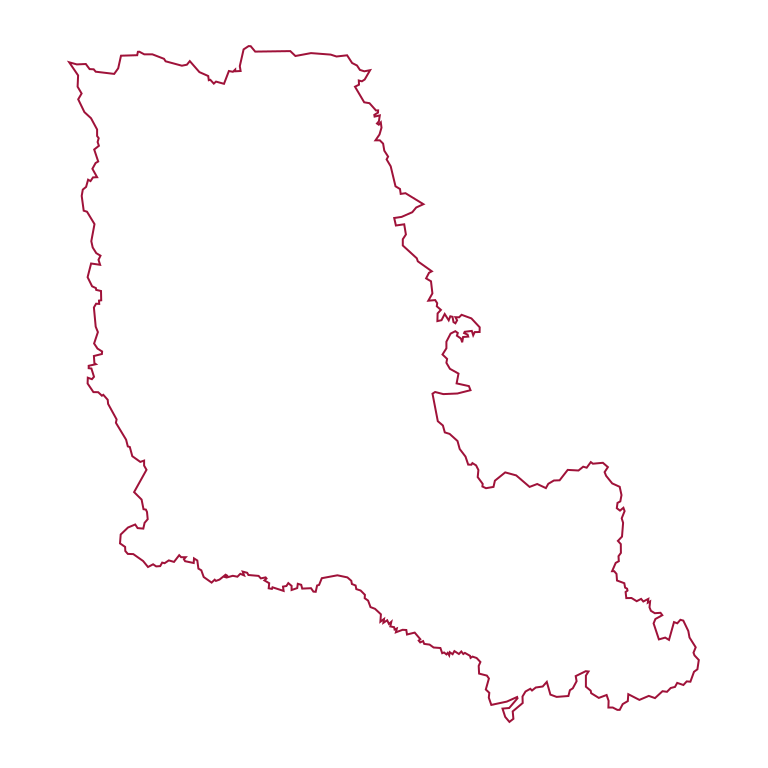 Taungoo, Bago, Myanmar
{"feature_id": "60261553B53825313002023", "entity_name": "Taungoo", "entity_type": "district", "adm_level": 2, "iso_a3": "MMR", "parent_name": "Myanmar", "parent_adm1": "Bago", "projection": "albers", "projection_center": [96.407, 18.81], "detail": "fine", "context": "isolated", "style": "outline", "palette": "rose", "viewbox_px": 768, "rotation_deg": 0, "n_neighbors": 0, "source": "geoboundaries", "source_scale": "gbopen_adm2", "svg_char_len": 6011}
<svg xmlns="http://www.w3.org/2000/svg" viewBox="0 0 768 768"><path d="M690.4,681.7L694.0,671.8L697.4,669.3L698.8,660.0L694.5,655.4L693.5,652.7L695.7,647.3L689.5,637.5L688.3,631.0L683.3,620.6L680.4,619.8L677.3,623.3L674.0,622.1L669.0,639.9L665.2,637.6L658.9,639.4L653.6,623.4L655.4,619.0L662.3,615.2L660.5,612.8L654.8,613.2L650.9,610.8L649.5,607.3L650.1,601.4L647.8,602.7L648.3,598.9L643.3,601.5L641.1,598.9L636.7,601.2L631.5,598.0L626.3,598.1L625.6,592.0L627.5,590.6L627.1,588.7L625.1,587.6L624.3,583.2L617.0,580.5L616.5,573.9L614.2,571.2L612.1,571.2L615.7,562.9L618.8,561.2L618.5,556.2L620.9,552.9L620.8,544.1L617.9,540.9L622.0,536.6L623.1,522.8L621.7,518.3L624.6,511.1L623.4,507.8L620.0,510.6L616.8,508.2L617.5,502.9L620.3,501.4L621.5,495.1L619.7,486.8L612.2,483.4L606.1,475.8L604.6,472.1L607.9,467.1L602.9,462.8L592.9,463.7L590.8,462.1L586.7,467.7L583.2,466.7L578.5,470.5L567.7,469.9L559.6,480.3L553.9,480.5L548.3,483.8L545.9,488.1L537.2,484.0L529.6,486.9L516.2,475.4L505.2,472.4L494.9,480.7L493.5,486.9L486.0,488.2L482.4,486.5L482.7,483.9L477.7,477.1L478.4,470.0L476.1,465.4L472.4,463.1L471.4,464.7L468.2,464.6L465.5,456.6L459.7,449.0L457.5,441.0L449.6,433.9L444.8,432.4L442.9,425.5L437.8,421.2L432.5,393.7L435.1,392.0L443.3,394.1L457.4,393.5L470.5,390.2L468.9,386.1L456.6,383.4L458.5,373.6L449.9,368.8L446.4,362.8L447.1,358.9L442.5,354.5L446.4,348.3L446.4,341.7L450.6,333.6L455.3,331.2L457.8,333.0L456.9,335.7L460.9,338.5L462.2,342.3L463.1,337.0L468.2,336.6L467.6,334.6L464.1,333.1L464.7,331.8L471.8,330.9L473.2,335.3L474.7,332.1L479.6,332.0L479.7,327.3L471.4,318.4L461.6,314.8L459.1,317.3L455.4,317.2L457.1,320.3L455.4,323.3L453.5,322.1L452.5,316.8L450.3,316.3L448.7,320.3L444.7,314.0L441.5,320.2L437.4,321.1L437.6,313.4L440.9,309.9L436.8,306.3L437.2,303.2L435.2,300.1L428.3,300.7L432.4,293.4L431.0,281.3L426.1,278.4L429.0,272.8L431.8,271.3L417.8,261.3L416.8,258.3L402.8,245.5L402.8,239.2L405.9,234.5L404.2,224.3L395.9,225.5L394.2,218.0L401.6,216.9L412.3,212.2L416.2,207.5L423.4,204.2L405.5,193.2L400.7,193.9L400.0,189.0L395.5,186.3L390.7,166.3L386.6,159.4L388.1,156.6L384.3,150.7L383.1,143.6L379.8,140.3L375.5,140.3L379.5,134.5L381.5,127.7L380.8,122.4L378.8,124.7L377.0,123.5L378.9,121.3L379.8,115.4L374.6,116.6L374.3,114.9L378.0,112.6L378.1,110.4L376.0,110.5L369.5,103.2L364.2,102.3L355.0,86.7L359.0,84.7L358.8,80.5L361.9,81.3L364.7,79.5L370.1,70.2L364.3,71.3L359.9,69.9L357.0,65.5L352.1,63.0L347.1,55.3L336.5,56.5L330.7,54.6L311.0,53.1L295.4,56.0L290.3,51.1L255.2,51.6L250.7,46.2L248.6,46.1L243.6,49.4L239.8,66.1L240.6,71.0L235.2,71.3L235.2,69.6L232.9,71.8L228.9,71.0L224.0,83.8L216.0,81.6L213.8,83.6L210.3,79.8L208.8,80.2L208.2,76.0L199.4,72.1L189.8,61.1L186.9,64.7L181.9,65.7L165.6,61.3L164.0,58.8L152.3,54.3L144.2,54.3L139.3,51.7L137.9,51.8L137.2,55.2L121.0,55.7L118.2,68.3L114.2,73.9L95.7,71.7L93.7,69.3L89.6,69.1L85.8,64.0L76.8,64.4L69.2,62.3L78.1,75.4L77.6,86.7L81.6,93.5L78.2,99.3L84.4,112.1L91.0,118.2L97.1,129.5L97.1,136.0L98.7,138.2L97.6,142.0L98.9,145.8L94.2,149.5L98.2,161.5L95.6,163.0L92.4,168.8L97.1,177.2L93.0,177.4L90.5,181.1L88.1,179.7L86.1,186.9L82.8,189.6L81.7,195.9L83.7,210.7L87.0,211.7L94.5,224.1L91.3,241.2L92.7,247.5L96.3,253.2L100.5,255.7L98.5,259.8L100.1,264.8L91.1,263.5L87.6,277.2L92.1,286.3L95.9,288.1L96.2,289.9L101.0,291.0L101.2,300.3L99.0,300.6L99.2,303.9L96.1,303.7L93.9,307.5L95.7,326.7L97.9,332.1L94.1,343.5L97.5,348.6L102.1,351.5L101.9,354.0L93.9,356.0L94.4,363.1L95.9,364.2L88.7,365.8L88.7,368.2L91.4,368.5L94.0,376.8L91.9,379.2L87.8,377.7L87.6,383.5L93.4,392.1L98.2,392.2L101.9,395.7L103.3,394.8L107.7,399.8L108.1,403.9L116.6,419.4L115.9,422.8L126.1,439.7L127.8,446.4L129.8,447.0L132.3,456.2L140.3,461.9L144.1,460.6L144.1,465.6L146.5,469.8L134.1,492.1L141.6,499.6L143.5,509.2L145.9,509.6L147.0,512.0L147.7,519.2L144.6,522.8L143.3,528.6L137.6,528.1L135.2,524.5L128.0,527.5L120.7,534.5L120.0,543.4L125.1,546.9L125.3,551.0L127.8,553.9L133.3,554.1L143.1,561.0L148.0,567.0L153.1,564.3L156.2,566.4L160.2,566.1L162.2,562.6L164.6,563.2L168.8,560.4L174.0,561.9L179.2,555.2L181.1,557.2L185.7,557.2L183.9,559.2L185.1,561.2L193.7,563.0L194.0,558.4L197.3,560.5L198.4,568.6L201.3,570.3L203.7,577.0L211.6,582.6L214.7,579.7L215.9,580.9L219.5,579.6L225.6,574.7L226.9,575.5L225.2,577.1L226.6,577.5L232.8,575.8L237.4,576.7L240.3,573.8L244.1,575.4L242.7,571.6L247.2,572.8L248.4,575.0L258.6,575.9L260.8,578.4L265.6,577.4L266.5,578.5L264.4,580.4L269.2,583.2L268.7,588.3L271.9,588.9L272.5,587.3L283.6,590.9L283.0,586.6L286.4,586.0L288.3,583.1L291.6,585.9L291.6,590.0L297.2,588.1L297.8,583.8L301.2,584.8L302.2,588.6L311.0,588.2L313.4,591.6L315.7,591.8L317.1,585.5L319.1,584.9L321.8,578.2L337.4,575.3L347.4,577.4L351.3,580.8L351.9,584.0L355.6,585.5L356.3,589.1L360.6,590.5L364.9,594.8L364.7,598.2L368.1,600.6L370.5,607.1L375.0,608.8L380.9,614.3L380.4,621.7L384.0,619.0L383.4,622.8L387.2,620.3L388.9,623.9L391.3,621.8L390.3,626.4L394.1,627.2L394.6,629.5L396.8,628.5L395.9,632.3L402.6,629.8L406.3,630.0L407.0,634.5L414.7,632.6L420.3,639.2L418.7,640.6L420.2,642.4L423.1,641.1L424.2,643.9L429.6,644.6L433.6,647.5L440.4,648.0L442.2,653.2L444.1,652.5L446.4,654.4L447.7,652.9L449.2,655.4L449.8,652.2L452.6,654.2L454.4,651.1L458.9,654.0L461.3,651.5L463.3,654.0L464.9,652.9L470.0,655.8L470.6,657.9L472.5,656.6L476.6,658.0L480.4,662.0L478.7,665.9L479.1,673.6L486.9,675.6L488.9,678.5L485.8,689.5L489.3,692.8L488.8,697.7L491.3,704.9L506.8,701.6L517.1,697.0L517.5,698.3L509.2,708.0L502.5,708.6L505.2,716.9L509.4,721.9L513.4,718.8L512.7,711.4L522.7,703.0L522.5,696.5L525.5,691.5L530.3,688.8L532.0,690.5L535.8,687.5L542.7,686.5L546.8,681.9L550.4,694.6L556.6,696.9L568.4,696.0L569.9,690.2L572.8,688.3L576.6,681.2L575.7,676.1L585.7,671.2L588.5,671.5L585.9,675.6L585.9,686.7L590.7,690.7L591.2,693.2L598.8,697.9L606.6,695.0L608.6,700.8L608.4,707.5L612.7,707.5L617.4,709.9L619.7,709.9L622.7,704.1L627.8,701.1L628.3,694.2L639.4,699.9L648.8,695.9L655.0,698.1L662.5,691.2L667.0,691.8L670.7,688.0L675.0,686.9L677.2,682.9L683.4,685.0L686.7,681.4L690.4,681.7Z" fill="none" stroke="#9f1239" stroke-width="2"/></svg>